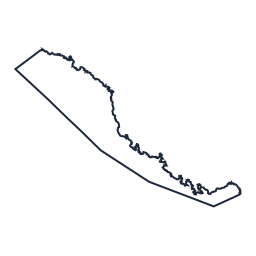 East Choiseul, Choiseul, Solomon Islands (Albers equal-area conic projection)
{"feature_id": "97153195B70410485956536", "entity_name": "East Choiseul", "entity_type": "district", "adm_level": 2, "iso_a3": "SLB", "parent_name": "Solomon Islands", "parent_adm1": "Choiseul", "projection": "albers", "projection_center": [157.222, -7.098], "detail": "fine", "context": "isolated", "style": "outline", "palette": "slate", "viewbox_px": 256, "rotation_deg": 0, "n_neighbors": 0, "source": "geoboundaries", "source_scale": "gbopen_adm2", "svg_char_len": 5864}
<svg xmlns="http://www.w3.org/2000/svg" viewBox="0 0 256 256"><path d="M239.5,194.6L239.4,193.9L240.3,193.7L240.6,193.2L239.6,192.3L239.8,191.7L240.3,191.7L240.5,190.6L239.3,189.5L239.3,189.2L239.8,189.0L239.7,188.5L238.1,187.5L237.1,185.7L236.0,184.7L235.5,184.7L234.2,183.8L233.7,184.2L233.4,183.7L233.0,183.7L232.8,183.2L231.6,183.7L231.4,183.1L231.1,183.1L231.1,182.7L230.5,183.4L230.4,182.8L229.6,182.6L229.4,182.8L229.6,183.5L229.1,183.6L228.9,183.2L228.3,183.9L227.8,183.9L227.2,185.6L226.8,186.0L225.5,186.3L224.4,187.5L221.7,188.0L220.6,188.8L219.6,188.5L218.2,188.8L217.7,188.4L217.2,188.4L216.3,189.3L215.9,190.6L215.5,191.3L214.2,191.4L213.2,192.0L212.7,191.9L211.7,192.4L210.1,194.0L209.5,193.6L209.1,193.9L208.7,193.8L208.0,193.0L208.1,192.2L207.7,190.3L207.1,189.9L205.9,189.9L205.5,189.4L204.9,189.2L203.6,187.5L201.3,187.3L200.9,186.9L200.5,185.2L199.8,185.0L199.5,184.2L198.7,184.2L198.3,184.4L198.8,184.6L198.7,185.2L197.8,186.0L198.4,187.3L198.0,188.3L198.3,188.8L199.9,188.7L199.5,189.3L199.8,189.5L199.6,189.9L200.2,189.9L200.9,190.8L200.8,191.1L201.7,191.8L201.6,192.3L202.2,192.1L202.6,193.2L201.3,193.4L200.7,192.9L200.1,193.3L199.9,193.2L200.1,193.1L198.8,192.3L198.0,192.2L196.7,192.8L195.8,192.6L195.4,193.2L195.9,194.3L194.5,194.3L193.9,193.3L194.2,192.5L193.3,192.0L195.1,190.8L194.2,190.0L194.3,189.2L193.3,188.5L192.9,189.0L192.0,189.1L191.7,188.1L192.0,187.9L192.0,186.8L192.6,186.4L192.0,185.6L192.6,185.3L191.0,184.1L190.6,181.8L189.9,181.6L189.4,181.9L188.5,181.1L186.8,180.3L186.9,180.9L186.1,181.6L186.3,182.1L185.8,183.6L187.4,185.1L185.4,184.7L185.3,185.6L184.7,185.6L184.2,184.3L183.4,183.8L181.4,183.7L180.6,182.7L180.6,182.2L181.3,182.7L181.7,182.2L181.3,180.3L181.7,180.1L181.6,179.5L182.3,178.9L182.2,178.2L181.7,177.7L181.0,177.7L179.7,178.2L178.0,179.3L177.3,179.1L176.8,179.3L176.0,178.6L175.5,178.6L173.0,177.0L172.8,176.5L173.2,176.2L171.5,176.5L171.0,176.3L170.5,175.2L171.4,174.5L171.1,173.7L170.4,173.4L170.3,173.0L168.6,172.0L168.2,172.2L167.7,172.1L167.1,171.5L167.0,170.8L166.1,170.2L165.5,170.5L165.0,170.2L165.1,169.8L164.7,169.3L163.7,169.0L162.8,167.5L163.3,167.4L163.2,167.0L164.0,166.3L164.0,166.0L164.8,166.5L164.1,165.3L164.5,165.2L165.1,165.5L166.3,165.5L165.9,165.1L166.2,164.6L165.4,162.9L165.3,161.6L164.7,161.5L164.2,161.8L164.3,162.3L163.8,162.5L162.2,161.8L161.4,162.0L160.2,161.8L160.4,161.5L160.1,161.2L160.8,160.9L161.0,160.2L160.8,160.1L160.8,159.3L161.4,159.3L162.0,158.7L162.8,158.7L162.3,158.0L161.7,158.0L160.6,156.4L160.7,156.0L161.6,155.7L161.6,155.1L161.9,154.9L161.7,154.6L160.6,154.7L160.2,154.3L160.3,153.6L159.8,153.7L159.6,154.4L160.0,154.5L160.1,156.3L158.3,157.3L158.5,157.6L158.2,158.0L157.4,158.2L157.1,158.1L157.0,157.5L156.6,157.5L156.7,157.2L156.0,156.7L154.6,157.1L152.3,156.5L151.8,156.6L152.0,157.0L151.6,157.3L149.9,157.2L149.3,157.0L148.7,156.1L148.8,155.4L148.3,155.4L147.5,154.3L147.1,154.3L147.3,154.0L146.7,153.3L145.4,152.6L143.4,152.0L143.2,152.4L143.5,153.1L143.3,153.4L142.6,154.0L141.4,154.1L140.7,154.0L140.2,153.5L140.1,153.0L140.5,152.8L139.9,151.9L139.3,151.8L139.0,152.5L138.7,152.2L138.4,151.4L138.8,151.1L139.0,150.3L138.3,150.2L138.2,149.7L138.9,147.9L137.8,146.3L138.4,145.5L138.0,144.7L137.3,144.9L137.4,144.3L137.0,144.0L136.8,144.0L136.3,145.1L137.0,145.8L136.9,146.5L135.0,147.0L135.8,148.4L135.9,149.7L135.2,149.6L135.0,150.0L134.0,149.2L134.0,148.9L133.0,148.6L132.7,147.6L131.3,147.3L130.1,145.8L130.4,145.5L130.6,144.5L131.5,144.2L131.2,142.7L131.4,142.5L131.9,142.6L131.9,142.3L130.6,140.4L129.4,140.1L128.6,139.0L127.4,138.2L126.5,138.6L126.2,138.1L124.0,136.4L121.5,136.1L120.2,135.6L118.2,132.3L117.6,129.8L118.0,127.9L119.2,127.0L118.9,126.2L118.8,123.8L117.8,122.1L116.1,121.1L115.7,120.6L115.9,119.4L115.2,118.9L114.8,118.0L115.2,115.7L113.6,115.1L112.8,113.8L113.0,113.2L112.4,111.2L112.5,110.5L113.4,109.6L113.6,108.7L112.4,104.7L112.7,102.6L112.3,101.5L111.5,101.1L111.2,100.5L111.0,99.4L111.3,99.5L111.5,98.9L110.8,97.0L111.9,95.2L111.7,94.5L111.9,93.5L111.3,93.1L111.4,92.8L110.6,91.8L110.6,91.4L109.7,90.8L109.0,90.9L109.2,90.3L108.3,89.8L108.8,89.6L108.2,88.9L109.1,88.8L109.5,87.7L108.4,87.1L108.4,86.8L105.8,86.6L105.5,86.4L105.5,85.9L105.3,86.2L105.0,85.6L104.3,86.0L103.3,85.5L103.4,84.9L103.0,83.7L101.8,82.4L100.1,81.6L99.0,79.8L96.9,78.9L96.3,79.3L95.4,79.3L95.4,79.1L96.2,79.0L95.1,78.8L93.8,78.1L93.3,77.2L93.3,76.1L93.0,75.6L91.6,75.1L90.9,74.2L90.8,73.7L91.2,73.2L90.6,73.5L89.9,73.1L90.1,72.8L88.3,72.2L87.3,71.6L87.2,71.1L86.4,71.1L86.4,71.3L86.0,70.7L85.7,70.7L85.5,71.0L85.5,70.6L84.7,70.3L84.2,70.4L84.0,71.1L84.5,69.0L83.8,68.8L83.9,68.5L82.8,67.5L81.2,67.1L80.5,67.3L80.0,69.3L78.3,70.1L77.2,69.6L76.0,67.9L75.3,68.0L75.4,68.4L72.8,66.0L72.4,66.2L72.7,63.7L73.3,62.5L73.7,62.5L73.9,61.7L72.9,60.2L71.3,59.1L71.4,58.6L70.3,58.6L70.5,60.2L69.5,60.3L68.4,59.8L68.5,59.2L67.6,59.7L67.3,59.2L66.9,59.2L66.6,58.3L66.3,58.4L65.8,58.0L65.4,58.1L65.5,57.7L65.1,57.7L64.7,57.1L63.9,57.5L64.0,56.4L63.2,56.3L62.4,55.4L60.5,55.5L60.2,55.1L59.9,55.1L59.9,54.2L59.5,54.2L59.5,54.6L59.0,54.8L58.9,54.5L58.4,54.6L58.3,54.1L57.9,53.9L57.7,54.1L58.0,54.5L57.7,54.8L56.6,54.8L56.2,54.5L54.5,54.7L52.0,52.8L50.8,54.0L49.6,54.4L48.5,53.3L48.2,53.4L48.0,52.7L46.3,51.2L45.3,51.2L45.1,51.5L43.9,50.2L42.9,49.6L43.1,50.0L42.6,50.3L41.8,50.3L41.3,50.0L40.3,50.4L15.4,69.1L48.5,99.8L67.1,117.9L80.7,130.7L100.8,150.4L149.1,181.8L213.7,206.4L239.5,194.6ZM127.5,136.5L127.2,135.1L125.9,135.1L126.6,137.0L126.5,138.1L127.2,138.0L127.2,137.4L126.6,136.4L126.8,136.1L127.5,136.5ZM71.1,57.1L70.5,56.3L69.6,56.8L69.3,57.1L69.5,58.2L70.1,58.3L70.9,57.8L71.1,57.1ZM113.4,91.8L112.1,90.7L111.1,90.5L111.5,90.9L111.6,91.6L112.1,92.1L113.0,92.3L113.4,91.8ZM181.0,175.9L179.3,175.8L179.2,176.9L179.5,177.0L181.0,176.5L181.0,175.9ZM188.6,179.8L187.9,179.6L187.7,180.0L188.2,180.3L188.6,179.8Z" fill="none" stroke="#1e293b" stroke-width="2"/></svg>